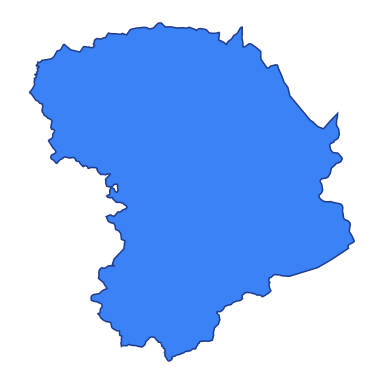 Bounkani, Zanzan, Ivory Coast
{"feature_id": "98640826B90856530326373", "entity_name": "Bounkani", "entity_type": "district", "adm_level": 2, "iso_a3": "CIV", "parent_name": "Ivory Coast", "parent_adm1": "Zanzan", "projection": "mercator", "projection_center": [-3.483, 9.078], "detail": "fine", "context": "isolated", "style": "filled", "palette": "blue", "viewbox_px": 384, "rotation_deg": 0, "n_neighbors": 0, "source": "geoboundaries", "source_scale": "gbopen_adm2", "svg_char_len": 5858}
<svg xmlns="http://www.w3.org/2000/svg" viewBox="0 0 384 384"><path d="M348.5,248.3L348.0,247.3L348.4,245.0L353.6,242.1L354.1,241.5L354.2,240.7L351.7,235.4L349.4,231.7L349.4,229.7L350.3,224.7L350.1,223.2L348.3,221.0L344.7,219.5L343.6,218.0L343.3,214.9L342.5,211.4L342.8,207.4L342.2,205.5L341.5,204.6L340.1,203.8L333.6,202.5L331.0,201.6L326.7,201.8L323.7,201.3L320.8,199.4L319.3,197.5L319.0,196.3L319.2,195.2L321.4,193.0L322.7,190.2L321.7,184.3L320.1,181.6L320.3,180.1L322.1,178.7L326.0,178.1L328.1,177.0L330.3,173.3L331.1,169.0L331.6,168.0L334.6,165.4L335.8,163.8L338.7,162.8L340.7,161.7L342.2,159.2L342.2,158.5L341.7,157.4L338.3,153.5L337.3,153.0L333.4,152.7L331.4,151.0L330.4,149.2L329.9,145.7L329.9,144.6L330.5,143.6L333.8,142.1L334.6,140.4L336.7,139.4L338.1,138.1L339.3,134.4L338.7,129.3L336.9,126.2L336.4,124.0L336.6,120.3L337.4,116.8L337.6,113.4L329.5,121.8L323.5,128.8L317.8,126.6L312.6,121.7L310.4,120.4L289.9,95.8L287.9,87.5L283.9,82.0L282.1,76.7L278.2,67.9L277.5,65.1L275.8,64.8L270.6,66.1L268.8,68.0L266.9,67.8L260.8,59.0L260.8,51.9L260.3,51.0L256.4,47.7L251.3,44.1L250.1,43.8L249.0,43.8L244.6,47.0L243.1,46.8L242.8,42.2L241.9,37.9L242.3,33.5L242.1,31.5L242.3,28.0L242.0,27.0L240.3,28.0L237.9,32.4L236.7,33.9L233.9,35.4L231.5,39.0L228.2,41.5L226.9,43.4L226.7,44.5L225.4,43.9L224.3,42.7L221.0,40.9L218.6,39.9L219.5,33.1L218.9,32.4L215.9,33.3L211.8,33.3L209.1,32.8L206.4,29.8L204.2,29.1L200.3,28.6L198.7,28.8L196.4,30.4L195.7,29.7L189.1,27.2L187.8,27.9L185.7,28.1L182.3,27.7L177.0,28.0L171.4,26.9L165.1,26.9L161.3,23.0L158.7,23.0L157.7,23.6L153.5,28.0L150.7,28.8L149.2,28.8L146.3,27.5L143.8,27.3L136.1,28.2L131.3,29.2L130.3,29.7L126.4,35.0L122.7,33.4L120.3,34.3L115.2,33.7L111.5,33.7L108.5,33.1L107.2,34.7L105.6,37.6L103.7,37.8L101.4,39.0L98.3,38.9L96.8,38.5L94.9,39.8L94.3,41.0L94.3,42.6L93.4,43.8L93.6,44.9L94.5,45.6L93.8,46.9L93.1,47.1L92.8,47.6L90.4,47.7L89.1,46.9L88.0,47.2L84.0,46.5L82.8,47.6L81.0,50.6L80.0,51.8L79.4,51.9L70.9,49.9L65.9,45.9L64.6,44.5L63.4,44.7L60.9,49.3L59.9,50.1L57.1,51.0L53.9,56.7L51.8,58.5L50.1,59.1L41.8,60.4L41.8,60.8L39.7,62.5L37.9,62.0L37.4,64.3L36.5,65.1L36.3,65.8L37.0,66.2L38.5,66.1L39.1,67.0L37.2,68.3L37.8,70.2L37.7,71.0L36.7,72.2L37.1,74.1L36.5,74.5L35.4,74.1L34.9,74.7L36.1,75.6L36.6,76.7L34.3,78.6L34.8,79.7L34.2,81.5L34.6,84.7L32.8,88.2L31.5,90.2L30.0,91.7L29.8,92.9L31.4,93.9L35.8,100.2L37.9,101.0L39.7,103.2L42.5,104.2L42.7,106.6L42.0,110.7L42.3,112.0L43.6,113.5L44.2,115.4L46.2,116.3L47.8,118.1L50.7,119.4L51.8,120.6L51.9,121.1L50.8,127.5L51.7,129.3L53.0,129.3L53.9,129.7L54.5,130.5L54.4,131.9L52.8,133.9L52.7,137.2L51.2,138.9L49.2,139.8L48.5,140.7L52.8,147.7L55.5,150.6L55.9,151.9L55.9,152.5L54.2,153.8L52.1,154.6L51.5,155.3L50.7,157.1L50.9,158.3L51.8,159.3L53.3,160.1L55.4,162.1L55.6,162.8L56.4,163.3L57.6,162.8L57.9,161.8L60.5,159.4L62.2,158.8L64.5,156.8L69.9,158.1L72.4,157.5L74.4,157.9L75.1,158.5L75.8,160.5L76.8,161.3L79.0,161.5L80.4,163.8L83.0,166.6L84.2,166.3L85.1,165.6L85.9,165.8L87.7,166.9L87.9,168.1L89.1,168.4L90.6,167.5L96.2,167.7L97.2,168.7L96.9,169.2L97.8,171.3L98.8,172.7L100.8,174.5L103.1,174.4L105.5,174.8L108.6,173.7L110.1,174.1L110.0,174.6L106.4,178.2L105.5,179.7L105.9,181.5L105.6,182.8L106.6,185.8L106.9,186.3L109.4,186.9L111.5,186.7L113.0,185.9L113.8,184.3L114.8,184.5L116.9,184.0L117.7,185.1L117.4,186.5L118.0,189.6L117.9,190.6L117.2,192.1L116.4,192.4L114.9,191.0L114.1,188.9L113.7,188.6L112.3,187.8L111.0,188.1L109.7,190.0L109.8,194.5L107.3,195.4L106.7,196.2L107.8,197.3L110.0,197.9L112.1,197.4L113.4,199.6L114.4,200.2L116.0,202.1L116.6,202.4L119.8,202.3L122.9,203.3L124.0,204.4L126.0,205.6L126.8,207.0L127.0,207.6L126.0,208.6L122.6,210.0L120.6,211.8L117.8,212.0L114.3,216.2L112.7,216.0L110.5,214.8L106.2,216.6L108.4,221.4L110.5,222.6L113.8,223.4L115.1,225.9L115.6,229.5L118.8,230.9L120.8,233.7L121.4,239.3L124.8,240.8L123.9,248.8L114.1,259.0L112.2,264.9L113.6,265.2L114.1,265.9L109.0,265.8L107.5,266.3L105.6,267.9L104.3,268.3L101.9,267.7L100.8,268.3L99.5,269.8L98.8,272.0L99.0,275.2L98.5,278.4L103.7,282.8L104.5,284.8L105.6,286.0L107.0,288.4L106.8,288.8L103.8,289.8L101.4,291.5L99.1,293.7L94.0,294.5L92.7,295.0L91.5,296.1L91.0,298.2L91.4,300.3L92.6,300.9L97.8,302.1L98.5,302.6L101.2,303.7L102.0,304.6L102.1,307.1L100.8,308.3L100.3,309.4L100.1,312.6L99.4,313.3L98.0,313.5L98.2,314.3L99.4,315.2L100.9,318.0L103.2,320.0L106.4,321.6L110.4,322.3L111.0,323.6L111.8,327.4L112.6,328.4L116.8,330.8L119.1,330.8L119.5,331.1L119.6,335.0L119.9,335.5L121.9,336.1L121.3,339.0L121.5,341.3L120.9,343.2L121.5,346.4L122.6,345.6L127.0,345.7L128.6,344.4L131.0,345.2L136.6,345.7L137.7,346.3L142.1,347.0L144.7,344.9L145.2,344.0L145.7,341.8L150.1,337.3L151.9,336.9L154.6,337.4L156.4,339.9L158.1,341.2L158.3,342.2L160.4,342.4L161.0,343.0L161.5,344.4L161.7,346.1L162.8,346.5L163.3,348.1L164.4,348.9L165.2,350.0L164.4,352.7L165.4,353.9L164.9,355.4L165.1,356.1L167.7,360.3L168.3,360.8L169.6,361.0L171.7,359.6L171.7,359.1L172.2,358.5L171.9,357.2L173.2,356.4L174.8,356.2L177.0,354.8L178.9,354.7L184.5,352.4L185.5,351.4L186.4,351.2L187.6,351.5L188.6,350.9L190.2,350.9L193.0,348.7L194.3,349.1L195.2,348.9L195.9,348.1L196.9,345.9L197.5,345.3L198.1,343.6L199.2,343.1L199.6,341.9L200.5,341.4L206.0,341.0L208.7,341.3L212.3,340.2L213.5,335.7L213.7,334.6L213.2,333.6L214.5,327.8L218.4,324.1L219.8,319.5L219.0,315.1L217.4,313.9L216.7,312.0L218.1,311.7L219.8,311.8L222.3,310.5L224.1,308.0L224.4,307.0L225.9,306.0L228.6,304.9L230.3,304.9L231.4,304.3L232.6,302.8L236.5,301.1L239.9,300.6L241.3,299.9L242.5,298.5L242.1,295.7L242.7,294.8L245.9,292.4L251.4,292.8L252.6,293.5L254.8,293.8L257.0,295.1L260.1,295.0L261.0,295.5L261.9,296.6L263.2,296.5L268.5,293.2L270.9,290.8L269.5,287.9L269.0,284.1L269.9,282.4L268.8,281.2L269.2,278.1L269.5,277.8L270.8,277.6L274.0,274.7L276.5,274.6L277.8,275.0L279.2,274.8L282.1,275.8L289.3,276.3L317.6,267.6L331.2,259.7L348.5,248.3Z" fill="#3b82f6" stroke="#1e3a8a" stroke-width="1.5"/></svg>